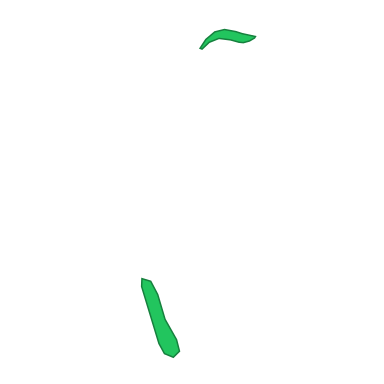 outline of Berry Islands, rotated 191°
{"feature_id": "BHS-5018", "entity_name": "Berry Islands", "entity_type": "District", "adm_level": 1, "iso_a3": "BHS", "parent_name": "The Bahamas", "parent_adm1": "", "projection": "robinson", "projection_center": [-77.863, 25.599], "detail": "fine", "context": "isolated", "style": "filled", "palette": "green", "viewbox_px": 384, "rotation_deg": 191, "n_neighbors": 0, "source": "natural_earth", "source_scale": "10m", "svg_char_len": 485}
<svg xmlns="http://www.w3.org/2000/svg" viewBox="0 0 384 384"><g transform="rotate(191 192 192)"><path d="M224.6,97.4L215.5,96.5L206.1,84.8L194.2,61.9L179.0,44.1L173.9,33.3L178.8,26.2L188.2,28.1L195.5,36.9L223.4,89.6L224.6,97.4ZM191.1,357.7L179.7,357.8L173.0,357.0L159.4,356.7L160.0,355.1L164.4,351.2L170.1,348.4L174.6,348.0L183.2,348.7L194.9,347.9L203.7,342.2L209.4,334.2L211.5,334.6L207.5,344.4L200.2,353.5L191.1,357.7Z" fill="#22c55e" stroke="#15803d" stroke-width="1.5"/></g></svg>